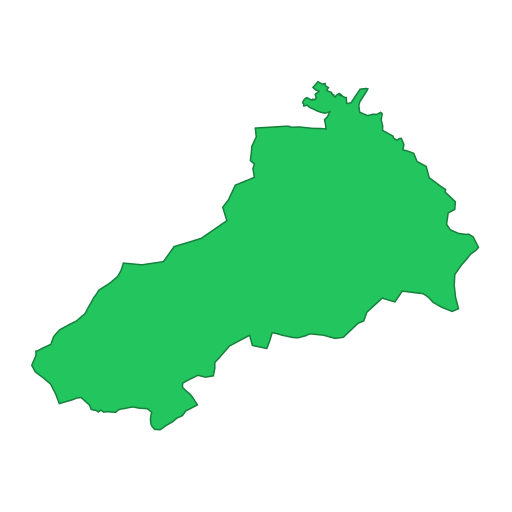 Abeokuta North, Ogun, Nigeria, rotated 271°
{"feature_id": "59680162B29721937623471", "entity_name": "Abeokuta North", "entity_type": "district", "adm_level": 2, "iso_a3": "NGA", "parent_name": "Nigeria", "parent_adm1": "Ogun", "projection": "robinson", "projection_center": [3.217, 7.25], "detail": "fine", "context": "isolated", "style": "filled", "palette": "green", "viewbox_px": 512, "rotation_deg": 271, "n_neighbors": 0, "source": "geoboundaries", "source_scale": "gbopen_adm2", "svg_char_len": 3635}
<svg xmlns="http://www.w3.org/2000/svg" viewBox="0 0 512 512"><g transform="rotate(271 256 256)"><path d="M80.9,157.6L80.6,163.3L84.8,168.8L89.0,175.9L91.3,178.2L92.8,180.3L95.2,185.3L99.7,188.3L106.1,200.0L113.8,194.9L116.8,192.4L119.6,188.8L123.3,184.8L127.5,184.9L130.6,190.0L135.7,200.0L134.0,207.7L135.4,215.4L143.0,216.8L148.8,216.7L154.5,221.8L165.6,231.1L176.6,251.0L166.5,254.0L163.7,268.4L170.4,270.9L179.6,273.5L178.8,278.0L177.3,283.4L175.2,293.8L174.9,299.1L176.9,306.4L179.1,311.3L178.0,324.8L175.0,336.4L176.2,344.7L190.4,359.1L193.0,364.9L201.7,367.8L216.4,383.3L215.5,384.8L212.5,395.7L223.4,402.8L221.2,423.9L217.7,429.2L212.8,433.8L208.1,442.3L204.0,453.1L206.8,459.4L218.3,456.2L230.3,454.7L240.9,455.1L250.1,461.2L256.6,466.7L261.6,470.5L265.3,475.6L268.5,478.3L278.9,472.8L281.5,468.4L281.3,465.3L282.2,457.7L285.6,449.8L291.0,446.0L302.4,447.4L306.0,453.9L313.7,454.4L323.1,444.1L325.8,444.4L328.6,439.9L337.3,427.8L348.5,424.6L353.3,415.4L361.4,411.9L363.7,405.4L364.5,401.9L364.7,401.1L370.0,401.9L376.2,399.2L375.8,396.8L374.6,396.0L374.5,394.2L376.2,391.6L378.3,390.8L383.8,380.3L388.3,380.4L391.1,379.6L394.4,378.8L400.6,379.7L401.8,377.9L401.0,376.8L399.9,374.8L399.7,374.0L399.7,372.7L399.7,371.5L399.8,370.2L399.4,369.2L399.1,368.5L398.9,367.5L398.8,366.6L398.4,365.4L398.6,364.5L399.3,362.9L399.7,361.5L401.2,358.3L401.2,357.3L401.9,357.2L402.6,357.1L403.6,356.8L408.4,356.2L412.0,357.1L414.8,358.9L423.7,364.3L425.1,364.9L425.4,363.0L425.1,360.7L424.6,357.2L415.5,351.3L413.6,350.1L411.0,348.5L410.1,345.5L410.3,344.0L414.7,343.6L416.0,343.6L416.0,342.1L417.6,339.4L417.8,338.9L417.7,338.5L417.9,337.8L418.3,337.1L419.0,338.1L420.0,336.2L419.6,336.0L419.5,335.5L419.1,335.3L418.7,334.6L417.8,333.3L416.5,332.7L416.8,332.2L416.7,331.8L417.0,331.4L417.0,331.2L417.6,331.1L418.1,330.4L418.4,330.8L418.8,330.1L419.2,329.7L419.0,329.4L419.5,329.0L420.2,328.8L421.0,328.5L421.3,327.8L421.2,327.4L421.9,325.8L422.9,323.7L425.6,325.5L427.3,322.3L429.6,322.1L429.1,319.0L431.4,314.9L426.5,310.9L425.7,310.0L425.3,310.3L424.8,310.8L423.3,312.6L422.9,313.2L422.1,315.0L421.9,316.0L421.0,315.5L420.4,315.0L420.0,314.2L419.5,313.0L419.0,312.7L418.7,312.8L418.5,312.4L416.5,313.1L415.7,313.2L415.3,313.5L414.7,313.1L413.9,312.6L413.0,311.9L413.5,311.2L413.7,310.8L413.7,309.7L412.7,309.2L415.3,304.0L413.6,301.7L412.0,300.7L410.5,300.1L409.6,300.3L409.1,301.0L408.5,301.1L406.9,301.0L407.0,302.3L407.7,304.6L405.4,307.2L403.5,311.7L402.0,314.8L400.6,319.1L400.0,322.5L401.5,327.3L396.6,325.1L393.5,322.1L389.6,323.0L384.2,323.8L384.6,319.5L384.6,316.3L384.6,310.4L385.8,296.7L385.3,288.9L386.2,287.2L386.3,284.0L383.9,253.1L375.1,254.2L365.5,249.9L359.0,249.5L351.3,248.7L347.8,252.8L343.4,251.4L334.6,253.0L326.5,234.1L311.7,227.5L304.2,221.9L290.8,226.2L272.6,200.8L264.0,174.0L248.7,163.5L245.2,142.0L246.6,123.5L245.2,123.2L239.2,121.3L233.2,118.1L229.2,113.6L226.6,110.6L224.4,107.5L222.4,104.4L222.0,103.8L219.0,99.4L215.7,97.5L211.3,94.3L207.5,92.5L203.1,90.0L195.2,85.9L193.3,83.7L187.6,77.2L185.0,72.0L179.0,61.3L175.7,58.2L171.9,55.1L168.1,53.8L164.2,52.5L162.6,49.4L161.1,46.1L159.5,43.0L157.3,39.2L157.0,37.6L152.8,37.8L142.8,33.7L136.3,37.3L130.0,46.0L124.3,52.9L114.4,58.2L105.0,61.9L108.9,74.6L110.9,79.4L111.4,83.6L104.0,92.2L99.8,93.8L99.1,96.2L99.0,98.1L98.4,99.6L97.2,101.0L98.4,102.6L98.8,102.9L99.3,103.3L98.5,104.6L97.9,105.4L97.3,106.2L97.4,107.3L97.7,110.4L97.5,113.6L97.3,118.5L99.6,120.9L100.7,123.7L100.9,126.0L102.4,132.3L102.9,136.3L101.9,141.1L101.4,150.1L98.0,154.4L94.5,153.7L90.7,153.3L86.1,153.9L83.9,155.0L80.9,157.6Z" fill="#22c55e" stroke="#15803d" stroke-width="1.5"/></g></svg>